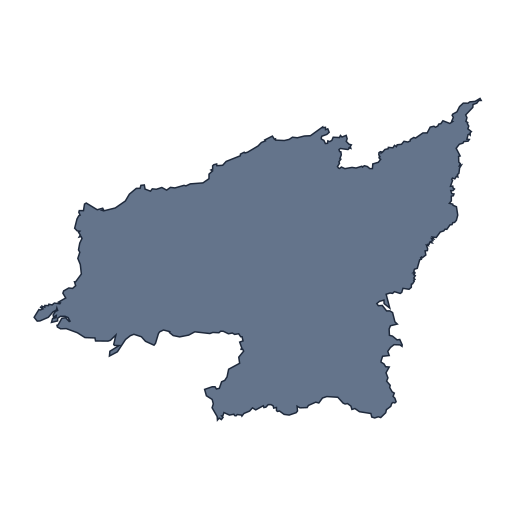 Bago, Bago, Myanmar, rotated 92°
{"feature_id": "60261553B52408869304596", "entity_name": "Bago", "entity_type": "district", "adm_level": 2, "iso_a3": "MMR", "parent_name": "Myanmar", "parent_adm1": "Bago", "projection": "orthographic", "projection_center": [96.537, 17.659], "detail": "fine", "context": "isolated", "style": "filled", "palette": "slate", "viewbox_px": 512, "rotation_deg": 92, "n_neighbors": 0, "source": "geoboundaries", "source_scale": "gbopen_adm2", "svg_char_len": 6037}
<svg xmlns="http://www.w3.org/2000/svg" viewBox="0 0 512 512"><g transform="rotate(92 256 256)"><path d="M396.8,110.9L393.3,112.2L391.5,114.1L388.2,113.0L387.0,115.2L382.8,117.8L380.5,117.4L376.5,121.1L373.2,119.9L368.2,122.0L362.3,119.0L362.1,122.6L359.4,124.3L357.7,127.3L356.5,127.3L351.8,126.0L350.8,119.4L346.7,121.0L342.7,118.4L339.8,115.0L339.8,109.1L341.2,106.9L339.7,106.8L334.4,109.4L334.9,112.1L331.3,116.8L330.6,119.9L324.3,120.4L321.0,119.2L319.1,112.4L316.9,114.9L307.8,117.5L306.2,120.2L306.3,123.6L301.0,128.1L301.4,132.0L299.3,133.6L297.0,131.0L295.6,126.6L299.1,126.3L303.4,120.5L289.7,124.6L288.3,120.8L288.6,118.2L286.8,116.4L288.4,110.6L287.3,109.1L283.2,108.0L283.9,101.9L281.9,99.7L278.7,99.7L278.4,98.6L275.7,97.0L274.8,97.6L273.8,96.3L272.5,97.6L270.1,96.1L269.2,97.7L267.7,96.7L267.4,98.3L266.6,97.0L265.9,97.8L263.7,97.2L262.7,94.4L254.1,92.3L253.5,90.7L252.0,91.4L251.2,90.5L252.0,89.8L249.1,86.3L245.0,87.2L244.6,84.9L242.7,84.7L239.1,86.1L239.6,84.1L238.4,84.6L238.2,83.4L236.2,82.9L236.7,80.5L235.4,81.6L234.5,79.7L232.5,81.1L232.8,79.0L230.9,80.5L231.2,76.5L225.6,72.7L224.4,69.3L222.6,68.0L222.7,66.2L218.1,63.2L217.8,61.2L215.8,60.5L215.5,58.7L213.4,57.0L208.1,55.8L199.8,57.4L198.4,60.9L197.3,61.2L196.6,64.6L194.1,62.7L189.4,62.9L188.9,60.9L187.1,60.3L186.8,62.6L183.8,63.6L183.8,61.5L182.1,60.0L181.1,61.5L179.3,61.8L179.6,64.1L173.7,62.2L172.6,63.1L171.3,62.4L172.0,60.0L169.4,58.5L170.0,57.0L167.5,57.5L166.3,56.1L160.9,55.6L157.9,53.9L158.7,55.9L156.6,55.0L155.1,56.6L149.4,57.0L148.9,55.5L141.4,59.7L137.2,56.7L136.0,53.1L134.4,52.3L133.8,48.0L132.1,46.9L131.9,49.3L127.3,48.3L126.8,47.3L127.7,46.2L125.2,46.2L124.2,45.1L121.5,48.7L118.7,47.9L116.5,49.4L115.2,49.0L114.2,50.9L110.4,50.0L107.7,51.4L99.9,44.5L97.0,44.4L95.6,40.7L92.9,38.8L92.7,36.4L90.7,37.6L93.8,42.4L94.5,47.7L95.9,49.5L96.0,54.2L99.6,57.8L104.9,60.2L107.4,64.4L108.6,64.9L110.5,63.6L114.4,65.1L114.7,64.1L116.8,66.9L114.3,73.9L117.3,75.9L117.8,78.0L119.7,78.8L121.1,81.1L120.1,82.7L121.1,86.4L127.0,89.2L127.2,93.5L132.6,100.7L132.0,102.4L134.2,105.8L135.6,105.9L136.8,108.2L136.2,112.1L139.3,114.5L139.9,118.8L141.8,119.5L140.6,121.4L143.1,123.0L142.8,127.5L144.2,127.7L145.0,130.8L148.0,133.4L148.6,134.4L147.6,134.2L147.4,135.3L148.4,136.7L150.6,136.8L152.5,135.6L153.0,136.5L154.2,136.1L155.0,134.8L158.1,137.0L159.9,142.5L164.6,142.7L164.7,145.3L162.7,147.8L162.0,150.9L163.5,152.7L162.6,153.4L164.6,159.1L164.1,163.1L165.6,170.2L164.1,173.8L165.6,175.5L165.3,176.6L163.8,177.7L160.5,175.8L158.9,176.4L156.3,174.6L155.9,175.6L152.0,174.3L148.9,174.8L148.7,176.1L146.7,176.8L145.6,175.4L146.4,167.8L145.1,166.5L144.3,167.3L145.1,165.0L143.4,165.6L141.6,164.6L141.0,167.0L138.3,169.8L135.6,169.0L132.3,170.1L134.1,174.2L132.6,175.8L134.7,176.7L134.6,183.0L137.7,184.2L139.1,186.2L138.5,188.2L140.9,188.4L141.2,190.6L138.1,192.2L136.8,194.8L135.6,194.9L134.0,194.4L132.0,189.4L129.8,187.2L126.4,188.7L127.3,190.9L125.0,191.1L125.4,193.6L124.6,193.8L133.9,205.8L134.4,211.9L136.4,218.8L136.0,223.7L138.3,226.9L139.6,231.7L139.5,240.5L138.2,240.6L138.6,241.7L135.6,243.8L139.7,251.3L140.6,250.6L142.4,254.6L146.0,257.8L152.6,268.1L153.4,270.6L152.7,271.4L154.7,275.1L156.4,275.2L162.5,289.1L166.5,292.5L167.1,298.3L165.4,298.5L166.2,301.3L167.4,302.5L170.7,302.3L171.6,304.0L172.5,302.4L175.8,305.8L180.4,305.7L184.8,311.6L186.2,324.2L188.4,328.5L187.9,330.4L190.8,339.4L190.4,343.9L193.3,347.6L190.8,352.5L192.8,357.9L192.5,362.0L194.9,363.7L193.0,369.2L188.9,370.1L189.4,373.5L192.4,374.2L192.6,378.0L198.6,384.7L205.6,388.5L212.9,398.3L216.2,409.8L215.7,411.5L215.1,410.0L213.6,410.9L215.3,416.3L209.0,427.5L210.1,429.2L216.7,430.0L216.8,434.2L218.5,434.6L221.3,433.2L222.1,434.6L225.3,436.2L234.6,438.2L237.2,435.5L237.4,433.0L238.6,434.1L241.1,432.3L243.2,433.4L242.6,431.5L244.5,430.5L249.3,432.6L256.1,433.6L258.4,432.2L264.6,434.0L270.6,431.3L280.1,429.9L288.1,435.4L288.1,436.5L292.0,435.2L294.8,438.2L294.5,442.0L297.6,447.0L299.9,447.7L304.6,444.7L308.9,451.7L309.7,449.8L310.6,450.4L310.1,455.9L312.0,458.1L311.4,461.3L312.8,461.6L312.8,465.3L314.5,465.3L313.6,468.1L314.8,467.8L314.5,470.1L316.3,467.1L317.5,469.8L317.1,471.1L325.0,475.6L328.7,472.4L328.4,469.6L324.5,461.4L319.0,457.0L316.9,453.6L314.9,453.2L317.3,452.3L318.5,454.6L321.9,456.7L324.1,456.2L322.4,453.5L324.5,453.7L325.6,457.1L329.5,458.1L327.8,452.0L325.2,452.1L323.1,449.3L322.9,444.8L324.1,441.6L327.6,439.6L328.0,440.4L324.3,444.2L325.1,447.9L331.8,451.4L332.2,452.5L333.9,452.0L335.6,448.7L335.2,443.1L338.9,431.9L343.5,424.1L343.5,414.1L346.5,413.4L346.2,400.9L345.3,398.5L339.9,393.3L349.4,395.1L350.3,394.3L350.3,389.7L356.3,398.7L361.1,399.0L356.6,391.2L344.0,383.5L340.0,378.8L338.5,375.3L340.7,367.7L345.1,363.5L348.7,354.8L346.8,353.4L337.0,350.8L335.2,349.7L333.2,345.9L334.6,339.5L335.5,339.8L338.4,336.0L339.5,329.5L337.4,320.5L333.9,314.5L335.1,299.4L333.9,296.5L334.0,290.4L332.4,288.7L332.4,286.0L334.7,280.8L333.8,277.0L335.1,274.6L334.3,270.6L337.2,268.5L337.2,267.1L341.3,266.0L342.6,269.3L349.0,266.8L349.9,268.3L349.7,266.0L351.5,265.0L357.7,269.7L363.8,268.6L370.1,279.4L377.8,280.7L381.4,282.9L382.9,286.0L389.5,288.0L390.3,290.9L388.1,292.4L388.2,295.2L391.1,302.7L397.4,300.7L400.9,294.8L405.3,293.5L409.2,294.6L417.8,289.2L421.3,288.8L419.3,287.2L420.7,284.9L418.4,283.3L417.0,284.7L416.7,283.5L413.6,282.6L415.9,277.0L414.9,272.6L416.2,271.8L416.4,270.4L415.1,269.2L415.5,265.0L416.5,264.5L413.8,262.6L411.2,257.0L407.9,254.2L409.8,250.9L405.4,243.5L407.2,242.8L406.7,240.8L404.1,238.6L404.0,235.7L405.2,233.6L407.4,233.0L406.7,230.3L409.8,230.1L410.6,229.1L410.1,227.1L413.3,222.4L413.8,217.3L411.2,210.4L409.4,209.1L404.7,209.7L406.2,206.8L405.7,199.6L403.5,198.4L400.0,191.2L400.7,188.1L395.6,184.6L394.0,180.4L394.3,169.3L400.0,163.8L400.8,161.8L400.3,159.4L402.7,155.9L406.0,154.8L405.0,151.8L408.0,147.2L409.4,135.7L412.9,134.7L413.7,131.7L412.4,128.2L413.1,125.7L408.1,120.9L405.0,120.3L401.6,116.1L398.6,115.2L397.6,114.0L398.0,112.1L396.8,110.9Z" fill="#64748b" stroke="#1e293b" stroke-width="1.5"/></g></svg>